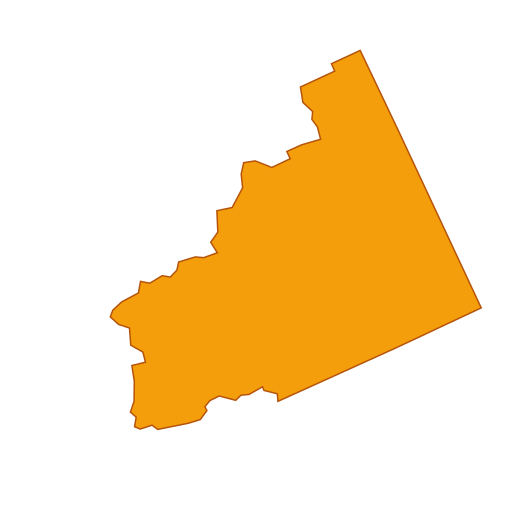 Camas, Idaho, United States of America, rotated 245°
{"feature_id": "52423323B53719477803884", "entity_name": "Camas", "entity_type": "district", "adm_level": 2, "iso_a3": "USA", "parent_name": "United States of America", "parent_adm1": "Idaho", "projection": "mercator", "projection_center": [-114.75, 43.528], "detail": "fine", "context": "isolated", "style": "filled", "palette": "amber", "viewbox_px": 512, "rotation_deg": 245, "n_neighbors": 0, "source": "geoboundaries", "source_scale": "gbopen_adm2", "svg_char_len": 941}
<svg xmlns="http://www.w3.org/2000/svg" viewBox="0 0 512 512"><g transform="rotate(245 256 256)"><path d="M398.3,437.3L398.4,405.6L390.3,405.5L390.4,367.7L375.3,363.4L363.0,368.4L356.2,364.4L347.0,366.2L334.5,363.9L337.5,344.5L337.7,328.1L329.7,328.1L329.6,307.7L342.5,295.5L345.8,284.3L336.5,277.2L323.5,272.7L310.0,254.9L313.6,239.7L293.8,231.5L287.6,220.8L275.3,222.3L276.6,207.9L280.8,200.6L283.3,183.4L276.6,178.3L273.1,169.4L277.8,162.7L276.2,148.3L281.8,140.6L272.2,133.8L271.2,115.0L267.4,103.3L262.4,98.2L252.1,102.5L244.2,110.9L228.1,104.8L216.7,112.9L206.5,110.9L209.2,97.2L194.0,92.8L175.9,84.1L167.5,76.2L160.6,79.3L152.6,73.8L148.1,77.9L146.6,90.3L140.4,93.6L133.0,124.0L131.3,136.4L136.7,146.2L141.0,146.0L144.4,153.0L144.7,163.4L133.8,176.6L136.2,183.5L133.5,191.1L134.7,206.6L130.8,206.4L122.1,217.1L115.0,214.5L113.6,343.5L113.8,438.2L310.4,438.0L398.3,437.3Z" fill="#f59e0b" stroke="#b45309" stroke-width="1.5"/></g></svg>